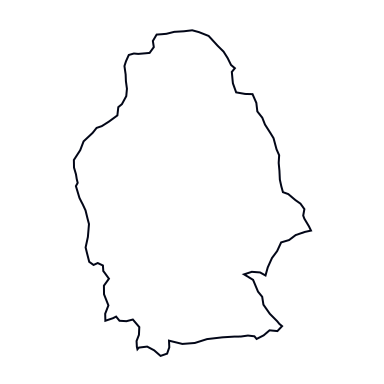 Episkopi Pafou, Paphos, Cyprus (Natural Earth projection), rotated 176°
{"feature_id": "46923920B63549577577003", "entity_name": "Episkopi Pafou", "entity_type": "district", "adm_level": 2, "iso_a3": "CYP", "parent_name": "Cyprus", "parent_adm1": "Paphos", "projection": "natural_earth1", "projection_center": [32.53, 34.791], "detail": "fine", "context": "isolated", "style": "outline", "palette": "ink", "viewbox_px": 384, "rotation_deg": 176, "n_neighbors": 0, "source": "geoboundaries", "source_scale": "gbopen_adm2", "svg_char_len": 1782}
<svg xmlns="http://www.w3.org/2000/svg" viewBox="0 0 384 384"><g transform="rotate(176 192 192)"><path d="M137.8,40.9L130.5,44.0L124.3,48.6L116.5,47.3L111.5,51.9L114.1,54.4L116.0,57.1L122.9,65.1L128.6,74.6L129.3,82.6L133.1,88.0L137.2,100.1L145.8,106.2L137.9,108.2L129.7,107.0L124.5,103.6L121.7,111.5L116.8,120.6L111.2,127.1L106.6,135.5L98.5,137.3L91.6,141.8L82.2,144.3L76.0,145.2L77.7,149.5L81.8,157.6L82.7,160.7L81.1,167.1L84.6,172.8L89.4,176.7L96.1,183.2L101.3,185.5L102.5,191.4L103.5,198.2L103.3,207.0L103.5,214.9L102.5,222.6L104.7,228.7L106.9,240.0L109.7,245.4L114.5,254.2L116.7,261.2L121.2,267.8L121.6,276.4L124.8,285.4L132.1,286.1L141.0,288.3L143.6,297.5L143.7,299.9L143.9,309.0L140.6,312.5L144.2,316.0L147.1,323.1L150.7,329.8L156.3,336.2L164.5,346.5L173.9,351.0L180.5,353.3L188.9,352.9L198.5,353.0L206.4,351.6L211.6,351.5L216.3,351.5L220.5,345.4L220.0,339.2L224.6,333.7L229.8,333.6L236.0,333.5L240.3,334.2L245.5,333.1L248.7,327.1L250.2,323.4L250.6,322.3L250.0,313.8L250.2,307.2L249.7,299.5L250.9,292.2L255.8,284.5L259.6,281.8L261.1,273.6L270.0,268.0L277.4,264.0L282.7,262.6L287.0,257.9L296.6,250.1L300.6,241.5L307.6,232.2L308.0,224.6L306.5,217.7L306.1,213.1L305.4,209.1L307.4,206.0L304.7,194.0L303.1,190.1L301.9,187.4L299.5,181.1L298.0,172.4L297.0,167.2L299.0,154.4L302.0,144.1L301.0,138.3L299.4,129.5L295.3,126.1L291.0,127.7L286.0,124.9L286.0,119.3L284.9,117.7L280.9,111.3L286.4,104.7L286.9,96.1L283.3,84.7L287.1,76.6L287.4,69.6L279.7,71.6L276.4,73.0L273.3,68.6L266.4,67.7L259.9,68.9L254.0,60.9L254.9,53.2L257.7,47.2L257.8,41.4L257.4,38.9L255.8,40.5L247.5,40.9L240.8,36.7L234.8,30.7L228.1,32.5L225.5,38.6L225.3,45.3L212.2,41.1L199.7,41.2L187.3,44.2L171.8,44.9L160.1,44.8L153.4,44.4L146.2,44.9L139.8,43.7L137.8,40.9Z" fill="none" stroke="#020617" stroke-width="2"/></g></svg>